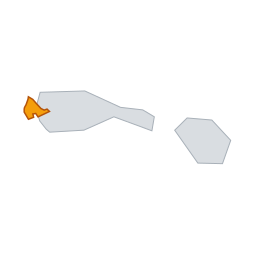 Saint Kitts and Nevis, with Saint Paul Capesterre highlighted, rotated 319°
{"feature_id": "KNA-5107", "entity_name": "Saint Paul Capesterre", "entity_type": "Parish", "adm_level": 1, "iso_a3": "KNA", "parent_name": "Saint Kitts and Nevis", "parent_adm1": "", "projection": "equal_earth", "projection_center": [-62.833, 17.388], "detail": "fine", "context": "in_parent", "style": "filled", "palette": "amber", "viewbox_px": 256, "rotation_deg": 319, "n_neighbors": 0, "source": "natural_earth", "source_scale": "10m", "svg_char_len": 652}
<svg xmlns="http://www.w3.org/2000/svg" viewBox="0 0 256 256"><g transform="rotate(319 128 128)"><path d="M155.2,136.8L144.2,145.8L124.7,110.3L93.3,100.7L66.2,79.8L65.5,75.3L66.0,64.8L71.3,52.7L85.1,43.4L119.7,71.7L135.9,107.5L151.0,124.0L155.2,136.8ZM197.4,204.7L175.9,216.9L157.7,200.3L161.8,160.3L179.2,159.2L196.5,177.0L197.4,204.7Z" fill="#d9dde1" stroke="#a8b0b8" stroke-width="1"/><path d="M58.6,56.1L60.1,47.9L61.8,45.9L62.9,44.9L64.2,44.3L66.2,43.6L71.4,40.7L73.3,39.1L74.9,43.9L74.9,49.5L75.1,56.2L76.5,59.5L79.3,60.6L79.6,64.0L67.4,60.6L67.9,56.5L65.4,55.0L63.8,58.0L58.6,56.1Z" fill="#f59e0b" stroke="#b45309" stroke-width="1.5"/></g></svg>